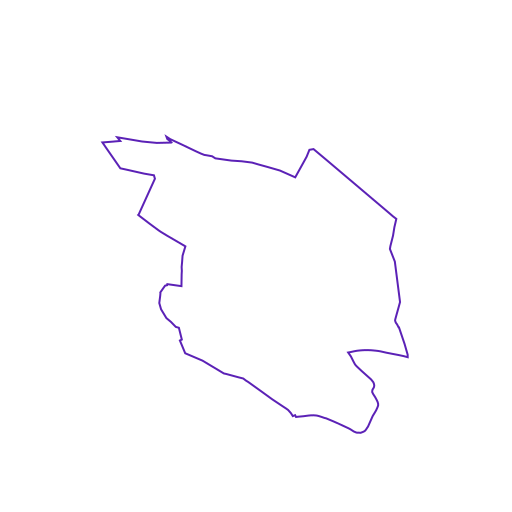 the district of Viesīte, Viesites, Latvia, rotated 216°
{"feature_id": "27541924B78000218360511", "entity_name": "Viesīte", "entity_type": "district", "adm_level": 2, "iso_a3": "LVA", "parent_name": "Latvia", "parent_adm1": "Viesites", "projection": "equal_earth", "projection_center": [25.556, 56.345], "detail": "fine", "context": "isolated", "style": "outline", "palette": "violet", "viewbox_px": 512, "rotation_deg": 216, "n_neighbors": 0, "source": "geoboundaries", "source_scale": "gbopen_adm2", "svg_char_len": 2350}
<svg xmlns="http://www.w3.org/2000/svg" viewBox="0 0 512 512"><g transform="rotate(216 256 256)"><path d="M412.0,283.7L415.6,281.6L423.7,277.6L438.0,270.5L433.4,269.3L437.0,266.2L439.5,264.0L447.0,257.6L441.1,255.5L417.3,247.2L410.7,250.1L394.9,256.9L386.0,261.3L383.2,259.1L375.3,220.6L375.4,220.0L373.3,219.9L361.1,219.6L349.9,219.5L346.9,219.6L339.7,220.2L318.8,222.3L315.6,213.1L312.2,207.6L309.7,203.4L307.2,200.3L305.4,197.5L300.0,189.8L298.6,187.8L311.2,181.1L310.8,180.1L312.1,178.6L312.1,175.8L312.0,170.3L311.3,169.5L310.0,167.3L306.6,161.1L301.5,157.1L298.2,155.7L292.0,153.1L286.1,152.7L279.2,151.5L276.2,152.6L266.9,144.8L267.9,142.9L256.1,135.7L237.8,139.9L212.9,142.1L210.9,143.0L198.8,147.6L194.3,149.4L190.9,149.3L188.2,149.5L172.1,149.6L158.7,149.6L146.1,150.1L141.9,150.3L139.5,150.3L135.4,149.4L132.1,148.1L130.8,150.2L129.0,149.3L127.4,150.8L123.5,154.2L119.7,157.8L118.1,159.2L115.9,160.9L113.8,162.2L112.9,162.7L111.2,163.4L108.2,164.4L105.5,165.2L103.8,165.9L96.2,167.7L92.0,168.6L79.9,171.0L77.7,171.3L73.8,171.5L71.2,172.1L70.3,172.5L69.1,173.4L67.4,174.5L65.9,176.8L65.2,178.2L65.0,179.4L65.0,180.9L65.1,182.5L65.1,183.8L67.5,195.0L67.6,196.0L67.8,198.6L68.1,201.7L68.7,204.7L69.3,206.8L70.3,208.2L71.8,209.4L73.8,210.5L76.5,211.8L80.1,213.2L82.0,214.2L82.6,215.1L83.2,216.4L83.3,218.1L83.5,219.3L84.2,220.7L85.3,221.8L86.8,222.8L88.5,223.3L90.4,223.8L92.3,224.0L94.4,224.2L103.2,225.1L109.5,225.9L111.1,226.2L112.4,226.6L115.1,227.9L120.1,230.5L124.7,232.1L123.0,233.9L120.6,236.6L118.6,238.7L116.4,240.7L113.8,242.9L110.5,245.4L107.2,247.6L103.8,249.6L101.5,250.9L99.3,252.0L93.7,254.4L87.5,257.3L82.2,259.8L77.7,261.8L73.8,263.3L75.3,265.3L84.0,272.1L98.4,282.3L98.7,282.1L100.1,282.8L101.7,283.6L103.3,284.1L103.8,284.3L105.4,285.4L105.7,285.8L106.1,286.6L107.9,291.4L110.5,298.4L112.4,303.4L140.4,333.1L151.8,340.4L153.1,343.0L157.1,353.0L161.0,360.7L162.0,363.1L163.1,365.7L164.3,368.5L168.6,368.6L173.3,369.0L236.2,373.7L255.1,375.1L272.3,376.3L275.2,373.3L273.4,366.1L272.5,359.0L270.5,342.7L286.9,339.2L299.3,334.7L307.8,331.5L314.0,329.3L323.3,324.2L332.0,318.7L346.3,311.1L350.1,310.9L352.0,310.0L355.7,308.2L357.2,307.4L360.7,306.5L366.1,305.4L382.9,302.3L394.2,300.1L398.6,299.9L396.5,298.5L393.1,298.5L391.2,298.1L391.3,297.9L402.7,289.2L412.0,283.7Z" fill="none" stroke="#5b21b6" stroke-width="2"/></g></svg>